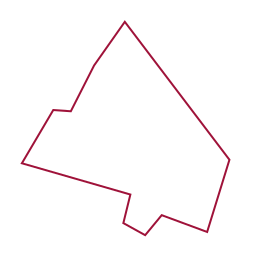 outline of Saint Anne Sandy Point, rotated 184°
{"feature_id": "KNA-5100", "entity_name": "Saint Anne Sandy Point", "entity_type": "Parish", "adm_level": 1, "iso_a3": "KNA", "parent_name": "Saint Kitts and Nevis", "parent_adm1": "", "projection": "albers", "projection_center": [-62.834, 17.356], "detail": "fine", "context": "isolated", "style": "outline", "palette": "rose", "viewbox_px": 256, "rotation_deg": 184, "n_neighbors": 0, "source": "natural_earth", "source_scale": "10m", "svg_char_len": 301}
<svg xmlns="http://www.w3.org/2000/svg" viewBox="0 0 256 256"><g transform="rotate(184 128 128)"><path d="M138.6,233.7L24.6,103.4L41.8,29.8L88.3,43.4L103.4,22.3L126.0,32.8L121.0,61.8L231.4,85.4L203.8,140.7L186.2,140.7L166.2,188.0L138.6,233.7Z" fill="none" stroke="#9f1239" stroke-width="2"/></g></svg>